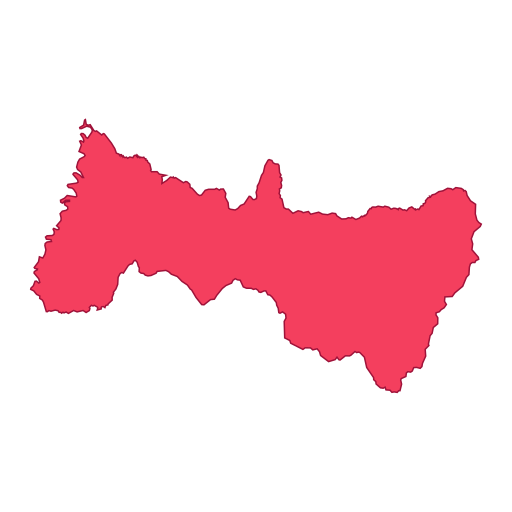 outline of Buga, Valle del Cauca, Colombia
{"feature_id": "7082276B89105760254188", "entity_name": "Buga", "entity_type": "district", "adm_level": 2, "iso_a3": "COL", "parent_name": "Colombia", "parent_adm1": "Valle del Cauca", "projection": "robinson", "projection_center": [-76.07, 3.856], "detail": "fine", "context": "isolated", "style": "filled", "palette": "rose", "viewbox_px": 512, "rotation_deg": 0, "n_neighbors": 0, "source": "geoboundaries", "source_scale": "gbopen_adm2", "svg_char_len": 5991}
<svg xmlns="http://www.w3.org/2000/svg" viewBox="0 0 512 512"><path d="M422.5,363.3L425.7,356.1L425.2,349.3L428.9,345.5L428.4,344.1L430.1,335.7L432.1,333.3L433.3,327.5L437.7,323.8L437.8,317.8L436.0,314.9L436.1,312.8L439.4,311.7L441.1,309.7L444.1,307.8L446.4,304.5L444.5,301.3L444.9,296.9L452.2,296.5L454.8,292.9L462.7,286.3L466.4,277.3L468.9,274.6L469.4,267.1L470.4,263.9L472.2,262.5L474.9,262.5L475.9,260.6L478.7,259.3L478.3,257.2L471.9,249.7L472.7,243.9L471.3,238.8L474.0,231.7L480.2,226.5L481.3,224.1L478.8,222.5L476.9,220.1L475.3,213.9L475.6,204.3L470.5,200.8L467.1,195.5L466.2,191.6L465.0,190.5L463.6,190.9L463.3,189.7L461.3,188.4L455.8,187.6L452.8,189.7L451.0,188.7L447.6,188.3L443.0,190.8L438.9,191.6L435.1,194.1L432.1,194.9L430.7,196.6L429.8,196.3L430.2,197.3L428.2,197.6L425.5,200.7L425.7,202.0L424.7,203.5L423.3,203.7L423.1,205.7L421.1,206.0L418.9,209.6L417.9,209.0L415.5,209.9L415.3,209.0L414.7,209.3L411.8,206.9L409.0,208.0L406.7,210.7L404.5,209.8L403.0,210.1L399.7,208.1L398.3,208.6L398.2,209.6L395.9,208.4L393.7,208.2L391.1,209.2L388.8,207.2L384.8,206.2L383.3,207.1L378.1,206.2L375.7,207.1L372.7,207.0L371.7,207.5L371.3,208.6L370.1,208.5L367.8,211.4L367.5,213.2L366.0,215.0L364.7,215.3L364.7,216.0L363.3,216.0L362.7,216.8L361.5,216.2L359.6,218.0L355.9,219.5L351.9,217.2L351.0,218.1L348.3,217.7L346.1,218.8L341.7,219.0L336.9,215.9L335.6,213.6L332.1,213.1L327.8,214.7L322.5,214.1L318.7,212.2L310.7,214.2L308.4,211.5L303.1,212.7L301.6,211.6L298.1,210.8L292.9,213.3L288.4,209.1L286.4,209.1L283.9,207.7L282.0,199.1L280.1,197.7L280.4,195.5L279.1,193.6L279.7,190.9L279.4,188.9L281.3,187.8L281.6,185.4L280.8,182.5L281.9,180.3L281.6,177.9L280.0,177.0L281.0,175.0L279.6,172.7L279.0,165.4L278.0,164.1L275.2,163.9L273.1,162.8L271.9,160.5L269.1,159.6L268.0,160.3L264.9,165.8L263.4,172.5L261.5,175.4L259.1,182.8L257.3,186.1L257.3,188.7L256.1,192.3L256.8,196.1L256.4,198.6L254.4,199.6L252.9,199.5L250.5,196.6L249.2,196.3L244.1,204.0L240.5,205.5L237.8,208.5L235.2,210.0L230.2,209.2L228.7,208.2L228.1,202.7L225.2,197.3L225.8,193.4L223.4,189.0L220.6,189.1L219.4,190.1L216.4,188.4L214.7,189.3L208.5,189.3L205.2,190.3L201.5,195.1L199.4,195.5L197.3,194.1L192.1,188.3L190.2,187.5L189.8,184.3L187.2,181.9L185.8,181.5L183.4,182.7L175.6,177.6L174.2,178.1L173.3,177.0L172.8,177.6L170.4,177.1L166.7,180.5L161.9,183.5L162.3,179.6L161.8,176.7L165.8,175.3L159.3,174.1L157.1,171.7L151.5,171.7L150.6,170.4L151.1,169.5L149.8,164.0L147.7,162.0L147.3,160.5L146.0,160.2L145.9,158.8L144.6,158.5L143.8,157.2L142.1,157.6L140.6,157.1L139.9,157.8L139.0,156.6L137.7,157.5L136.8,156.5L138.0,156.0L136.9,154.8L136.5,155.5L135.1,155.2L133.8,156.0L132.9,157.7L129.8,157.0L127.6,158.3L126.4,157.1L124.9,157.7L123.6,156.6L123.1,157.0L123.1,155.8L121.9,156.2L121.5,154.7L120.0,154.7L119.9,155.6L118.8,154.0L116.4,153.2L114.8,148.7L111.4,143.1L104.3,133.9L103.3,133.6L101.7,135.0L96.6,130.9L95.5,131.4L93.9,130.6L90.2,124.7L88.1,125.2L86.2,124.3L85.4,119.6L84.6,120.1L83.6,125.1L79.7,127.5L80.0,128.6L81.5,128.6L86.7,126.2L90.5,127.2L92.3,130.0L91.9,132.1L87.7,138.2L86.2,137.5L85.0,135.2L83.1,133.6L81.3,133.5L80.6,134.5L83.1,138.1L83.9,140.9L83.5,142.1L80.9,140.7L79.7,141.2L81.4,145.0L79.0,151.5L84.0,153.7L85.1,155.5L84.3,156.6L79.6,159.1L77.9,162.1L76.6,167.1L77.6,169.5L80.8,172.0L83.5,177.5L82.2,177.5L80.0,175.2L76.2,172.9L74.0,172.9L73.2,173.7L73.0,174.4L77.6,179.8L78.1,182.2L76.6,183.1L68.0,184.4L67.3,185.7L68.6,187.5L72.1,188.1L73.7,189.4L76.2,193.1L76.8,196.2L75.9,196.9L67.2,195.5L64.5,198.2L60.5,200.2L60.7,202.1L62.3,203.1L65.8,200.2L69.5,200.2L69.5,201.4L65.8,201.8L64.3,203.2L64.8,204.9L67.6,206.7L67.8,209.1L66.2,210.3L62.3,211.2L60.1,213.7L61.1,217.8L61.0,220.5L56.6,225.7L59.0,227.9L58.8,229.4L56.9,229.7L53.8,228.4L53.1,229.1L54.3,231.9L53.9,234.4L52.3,235.5L47.0,235.8L45.5,237.1L46.4,239.2L51.0,239.7L51.5,241.5L47.1,242.0L45.2,243.5L44.9,245.5L45.9,249.9L44.9,254.2L42.8,258.0L39.4,256.8L38.5,261.8L34.2,267.5L34.8,268.4L37.5,269.0L37.3,269.8L34.4,271.5L34.0,273.0L38.7,278.7L39.8,282.4L38.8,283.1L36.4,281.1L35.0,281.3L33.4,285.7L30.9,288.2L30.7,289.4L33.7,290.8L36.6,294.4L39.8,296.0L39.7,298.4L42.4,300.1L43.5,302.2L46.3,311.6L47.4,311.7L48.9,310.6L51.0,311.2L55.2,310.1L58.0,310.7L59.1,312.3L60.8,312.4L61.6,313.2L63.0,312.2L64.0,312.9L66.1,312.0L68.4,313.4L73.6,310.5L77.1,311.9L83.1,310.5L86.1,312.5L89.3,310.6L89.9,308.6L89.3,307.4L91.4,305.3L93.0,306.0L94.2,305.3L97.4,307.1L97.8,307.8L97.2,310.0L101.2,308.9L101.2,307.3L101.9,306.7L103.5,306.6L104.9,307.6L105.8,305.4L107.9,304.9L108.1,303.9L112.2,300.1L112.1,297.3L113.7,293.4L113.4,292.2L115.9,289.0L117.7,284.4L118.1,277.3L120.1,273.5L121.8,272.5L123.4,273.1L128.0,265.9L129.6,264.4L132.2,263.8L133.9,260.9L135.3,260.2L137.2,262.3L138.4,266.5L139.3,267.7L139.1,271.6L141.0,273.1L143.7,273.5L145.2,275.1L147.9,275.9L151.0,275.5L156.1,273.2L157.1,271.4L165.9,270.4L168.6,271.7L171.3,274.2L177.3,276.5L182.0,281.4L187.4,285.0L190.3,289.1L191.6,289.9L196.0,297.4L201.7,304.6L204.0,304.8L210.5,299.6L214.4,299.2L216.7,295.4L222.3,288.5L226.0,285.5L231.6,283.1L233.0,280.3L235.3,278.7L237.3,279.8L240.2,280.2L243.3,286.9L246.4,288.2L251.3,288.3L253.4,289.4L255.8,288.8L257.9,290.2L259.0,292.0L260.8,292.4L264.0,290.9L265.8,290.9L267.8,294.7L270.0,295.1L272.1,297.0L276.3,302.5L276.7,305.2L278.2,308.2L278.8,312.6L280.0,313.2L282.6,311.9L285.6,314.2L286.0,318.1L284.2,321.4L284.7,337.9L289.8,340.5L290.7,343.2L302.9,349.4L305.2,347.8L310.5,347.9L312.8,349.9L317.1,348.8L319.5,351.7L320.6,355.5L328.6,361.6L335.2,359.6L337.0,357.2L339.0,359.8L340.1,360.0L345.4,355.8L349.4,355.9L350.8,355.3L355.0,351.5L356.7,352.6L358.3,352.1L359.8,352.5L364.4,357.2L366.7,367.5L373.6,377.6L373.7,379.7L375.8,381.6L376.1,384.0L380.4,387.8L383.2,388.2L385.1,387.2L386.0,389.9L390.0,390.2L391.9,392.3L394.2,391.9L397.2,392.4L398.7,390.7L400.0,390.7L401.6,384.1L400.7,380.1L401.2,378.6L405.9,376.5L406.4,372.9L407.8,371.7L410.7,372.1L412.3,371.0L413.7,367.6L416.6,367.4L420.2,368.3L421.9,366.6L422.5,363.3Z" fill="#f43f5e" stroke="#9f1239" stroke-width="1.5"/></svg>